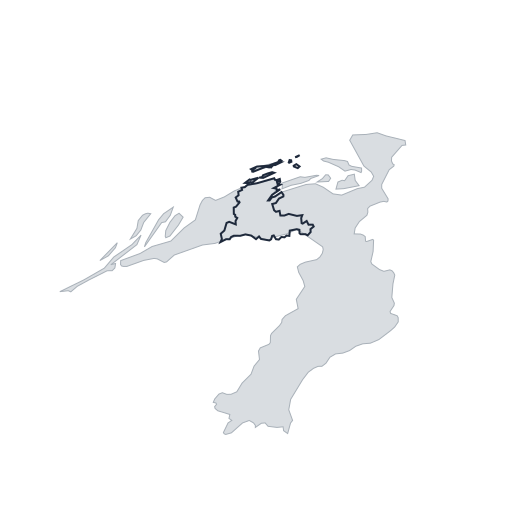 Zadarska highlighted on a map of Croatia, rotated 118°
{"feature_id": "HRV-1493", "entity_name": "Zadarska", "entity_type": "County", "adm_level": 1, "iso_a3": "HRV", "parent_name": "Croatia", "parent_adm1": "", "projection": "equal_earth", "projection_center": [15.553, 44.407], "detail": "medium", "context": "in_parent", "style": "outline", "palette": "slate", "viewbox_px": 512, "rotation_deg": 118, "n_neighbors": 0, "source": "natural_earth", "source_scale": "10m", "svg_char_len": 5615}
<svg xmlns="http://www.w3.org/2000/svg" viewBox="0 0 512 512"><g transform="rotate(118 256 256)"><path d="M87.7,175.9L89.8,179.0L105.1,182.6L108.5,181.0L110.5,178.5L110.5,176.9L111.9,176.5L117.3,178.9L133.8,178.6L137.2,176.8L143.5,166.2L145.5,165.3L146.9,165.8L147.8,168.9L150.2,171.8L158.5,178.8L161.7,179.7L164.8,177.8L168.0,177.2L177.1,180.9L184.7,181.6L190.4,179.7L187.6,174.1L187.2,171.2L187.6,168.7L191.5,166.2L191.3,165.1L186.6,160.8L186.8,159.6L197.1,154.7L207.1,152.0L208.7,149.9L210.0,140.7L209.5,135.9L205.4,131.3L205.2,129.0L206.1,126.6L207.7,124.5L216.3,122.0L228.9,116.6L232.7,111.7L235.0,110.9L242.0,111.6L243.5,110.3L242.5,103.3L243.7,101.5L247.4,99.5L253.5,100.2L258.7,102.1L272.1,108.3L279.3,114.1L283.4,120.5L288.8,125.5L295.6,129.0L301.0,133.8L305.1,139.8L310.7,143.2L317.8,143.9L322.4,146.0L324.3,149.4L328.2,152.5L334.1,155.3L343.3,156.8L366.3,158.1L376.4,154.9L384.0,146.5L387.2,147.1L397.9,144.7L397.3,149.6L394.1,151.9L397.5,157.0L400.7,165.4L399.1,169.6L401.2,172.8L407.7,176.1L405.9,177.0L404.5,179.8L404.4,184.8L409.7,189.5L423.7,194.7L427.8,199.0L427.9,200.7L427.2,201.9L416.5,202.3L412.5,200.2L412.1,203.6L408.2,204.7L410.6,217.1L409.8,220.6L408.4,221.8L405.4,221.2L404.6,222.4L405.3,225.0L401.5,225.3L395.3,223.9L392.5,221.5L391.9,216.8L389.8,213.1L384.9,209.2L374.7,208.6L362.7,204.9L354.1,206.0L345.8,204.3L338.7,209.2L335.1,209.1L327.9,203.1L325.7,202.7L319.5,205.8L317.0,205.9L306.5,202.6L302.6,202.1L299.8,203.2L294.9,202.0L282.7,194.1L275.3,200.1L260.0,198.6L255.6,202.8L250.4,210.6L246.2,214.4L242.6,213.1L238.3,209.6L230.7,200.7L226.9,199.1L222.5,198.7L218.7,199.7L216.6,201.5L213.7,226.0L213.7,232.9L222.1,239.3L232.0,250.3L235.2,251.5L236.8,255.2L241.8,274.9L246.9,281.9L264.1,298.1L271.4,308.4L293.5,328.6L303.2,332.2L304.8,334.0L304.9,341.9L306.0,344.9L312.6,353.1L325.9,365.2L327.4,368.0L327.9,370.0L327.1,371.6L323.6,373.3L308.3,359.6L296.4,352.2L282.8,338.2L264.9,332.6L252.6,326.5L237.1,329.4L232.1,329.4L228.5,328.3L225.9,324.5L225.9,317.8L218.7,311.7L209.0,305.9L199.7,298.4L181.3,278.2L177.6,271.7L187.1,269.3L198.1,270.6L186.2,262.0L169.3,245.3L164.3,237.4L163.7,228.9L165.0,217.2L162.0,208.9L149.0,198.2L144.3,192.5L134.7,189.1L130.4,189.5L127.8,193.6L125.9,203.0L109.8,227.6L103.7,227.4L96.9,215.7L90.3,206.9L88.9,197.5L84.1,178.6L87.7,175.9ZM374.6,402.7L374.8,405.5L379.6,412.5L358.1,396.9L337.9,384.2L323.7,381.1L304.2,370.9L291.5,367.3L301.9,366.5L331.9,380.1L328.5,376.5L332.8,375.0L336.5,376.1L338.9,380.5L355.9,392.5L366.7,399.6L374.6,402.7ZM140.4,240.9L139.9,243.9L136.4,240.2L134.6,233.5L130.2,222.6L129.6,219.6L132.0,216.6L131.9,213.6L128.8,204.1L131.4,202.6L133.0,202.4L133.6,208.9L135.0,212.7L139.3,217.3L138.4,225.0L139.2,236.0L140.4,240.9ZM159.4,216.8L152.2,218.4L148.7,215.5L147.9,213.1L141.9,212.4L137.6,207.6L142.7,203.9L145.5,198.0L155.3,210.1L159.4,216.8ZM275.9,347.6L266.6,347.8L258.4,346.4L254.4,344.0L255.9,338.6L265.0,339.0L278.8,341.4L282.2,344.2L281.2,345.4L275.9,347.6ZM300.3,358.8L296.1,359.6L269.7,359.0L262.0,357.4L251.7,352.0L260.3,350.8L268.3,352.0L270.8,355.0L300.3,358.8ZM181.4,265.7L179.9,267.7L165.3,254.2L163.6,249.7L156.4,240.6L155.3,238.1L161.9,244.1L164.4,244.7L170.8,250.5L177.0,258.1L184.5,264.6L181.4,265.7ZM268.1,368.8L279.1,370.9L287.1,369.9L294.4,371.3L300.0,374.9L287.5,374.1L280.0,376.6L273.3,375.3L270.8,373.6L269.0,371.6L268.1,368.8ZM181.4,297.4L182.2,299.3L178.3,298.5L163.9,281.8L162.4,278.5L167.5,282.4L181.4,297.4ZM156.1,226.9L162.0,236.8L156.5,233.7L151.6,232.6L150.5,230.3L152.3,226.6L156.1,226.9ZM325.1,386.4L333.3,391.7L309.4,384.7L314.6,384.0L325.1,386.4ZM192.2,293.4L196.1,299.1L192.3,297.9L188.5,294.4L186.2,290.6L192.2,293.4ZM183.9,286.6L184.8,289.3L177.5,284.3L174.2,279.3L183.9,286.6Z" fill="#d9dde1" stroke="#a8b0b8" stroke-width="1"/><path d="M213.5,220.1L213.5,222.5L215.8,226.9L215.5,228.2L212.5,230.0L213.2,232.6L217.7,238.1L222.6,236.0L223.6,238.6L226.1,239.6L227.3,242.5L230.8,243.6L231.8,246.3L229.5,250.0L230.7,251.2L234.1,250.5L236.0,251.5L238.6,259.6L237.3,262.5L241.1,263.9L240.2,269.8L241.9,275.5L245.5,279.3L248.5,285.1L250.9,286.9L253.6,287.1L255.2,290.3L260.4,293.9L257.0,294.1L252.9,297.6L248.4,295.9L240.6,297.5L238.4,295.7L237.6,288.7L234.7,290.5L231.2,290.4L231.0,292.8L229.4,293.7L229.3,295.3L223.7,298.4L221.8,296.8L216.4,295.7L215.8,296.4L216.6,297.9L213.9,301.4L210.5,299.9L207.6,301.9L204.2,299.3L202.5,300.9L200.5,298.2L197.1,296.9L191.4,289.4L178.8,276.4L179.8,275.1L179.3,273.4L176.8,271.2L178.6,269.8L180.7,272.3L182.6,270.5L181.3,269.5L182.5,269.5L182.0,268.3L187.7,272.2L186.9,269.5L188.2,268.5L185.7,265.9L194.4,270.5L201.3,271.4L200.6,270.1L196.8,269.5L194.7,267.2L187.6,263.5L189.2,260.4L190.6,259.8L194.5,262.7L199.9,263.3L202.5,266.1L207.1,261.5L207.6,259.1L205.1,256.4L208.8,253.5L207.0,250.0L203.5,246.9L201.4,238.7L198.2,234.3L201.3,233.9L205.6,231.1L205.5,230.0L201.3,227.7L203.7,224.3L201.7,220.6L202.9,218.9L206.7,220.5L209.2,219.0L213.5,220.1ZM172.7,289.4L183.0,298.1L183.2,299.0L181.8,299.5L178.1,297.5L181.9,300.1L181.7,301.2L176.5,297.1L170.5,287.4L162.7,280.6L161.5,277.9L166.7,281.7L167.6,283.5L170.7,284.3L170.3,285.3L171.6,285.9L172.7,289.4ZM191.3,296.4L185.7,290.6L192.9,293.7L193.4,295.8L195.4,297.4L196.6,300.0L191.4,297.6L191.3,296.4ZM185.3,290.0L183.5,287.6L181.4,287.7L177.5,284.3L174.4,281.1L174.0,279.0L183.6,286.3L185.3,290.0ZM158.8,260.4L159.2,264.6L158.6,265.1L156.0,263.5L156.5,259.6L158.8,260.4ZM156.2,269.0L158.1,270.5L158.0,271.0L155.5,271.4L155.0,269.9L156.2,269.0ZM146.5,264.8L149.4,266.5L150.4,267.8L146.5,264.8ZM159.9,278.5L162.6,280.6L160.6,280.5L159.7,279.7L159.9,278.5Z" fill="none" stroke="#1e293b" stroke-width="2"/></g></svg>